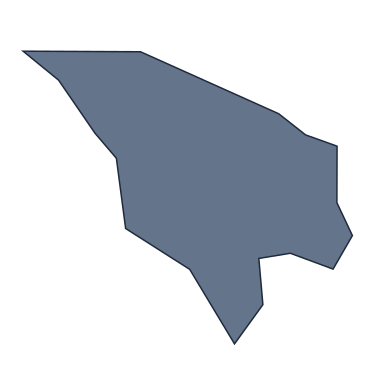 the state/province of Faetano, rotated 265°
{"feature_id": "SMR-4888", "entity_name": "Faetano", "entity_type": "state/province", "adm_level": 1, "iso_a3": "SMR", "parent_name": "San Marino", "parent_adm1": "", "projection": "equal_earth", "projection_center": [12.476, 43.936], "detail": "fine", "context": "isolated", "style": "filled", "palette": "slate", "viewbox_px": 384, "rotation_deg": 265, "n_neighbors": 0, "source": "natural_earth", "source_scale": "10m", "svg_char_len": 394}
<svg xmlns="http://www.w3.org/2000/svg" viewBox="0 0 384 384"><g transform="rotate(265 192 192)"><path d="M347.0,36.0L336.2,152.9L270.8,270.1L262.4,285.2L239.0,310.1L225.0,340.5L168.7,335.4L134.6,348.0L102.9,325.8L122.4,284.6L120.0,252.8L73.6,252.8L37.0,221.1L115.1,183.0L161.4,122.7L232.2,119.6L259.0,100.5L315.1,68.8L347.0,36.0Z" fill="#64748b" stroke="#1e293b" stroke-width="1.5"/></g></svg>